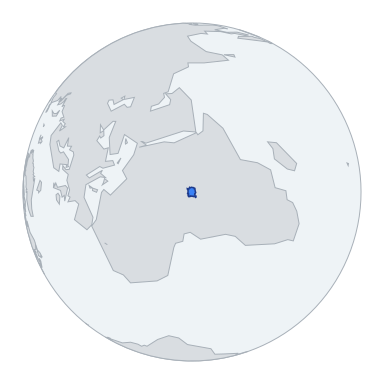 Haute-Kotto on an orthographic globe, rotated 290°
{"feature_id": "CAF-866", "entity_name": "Haute-Kotto", "entity_type": "Prefecture", "adm_level": 1, "iso_a3": "CAF", "parent_name": "Central African Republic", "parent_adm1": "", "projection": "orthographic", "projection_center": [22.992, 7.358], "detail": "medium", "context": "on_globe", "style": "filled", "palette": "blue", "viewbox_px": 384, "rotation_deg": 290, "n_neighbors": 0, "source": "natural_earth", "source_scale": "10m", "svg_char_len": 8414}
<svg xmlns="http://www.w3.org/2000/svg" viewBox="0 0 384 384"><g transform="rotate(290 192 192)"><circle cx="192" cy="192" r="169" fill="#eef3f6" stroke="#a8b0b8"/><path d="M134.1,33.3L136.9,32.3L132.4,34.0L128.3,35.5L134.1,33.3ZM98.7,51.1L100.1,50.2L106.2,46.4L108.5,45.1L115.0,41.7L114.4,42.2L110.3,44.9L104.9,48.0L103.0,49.4L108.5,46.8L98.7,53.6L92.9,60.2L90.3,62.3L84.7,64.9L83.9,63.4L76.7,68.7L81.7,65.6L75.3,71.6L74.3,73.0L74.9,73.1L77.5,71.1L75.4,73.5L69.6,77.0L71.4,74.9L73.3,73.6L72.8,73.2L68.9,76.5L65.9,79.8L64.1,81.6L74.7,70.4L86.2,60.2L98.7,51.1ZM26.1,160.2L25.9,160.9L26.7,162.7L26.1,164.8L26.4,178.2L29.8,185.6L30.5,193.3L29.8,197.4L31.7,199.5L31.7,202.5L41.7,210.2L49.0,219.3L50.3,229.5L47.1,239.9L51.2,263.4L47.4,269.0L51.1,278.3L56.3,290.7L53.3,288.2L59.0,295.7L61.4,299.1L61.0,298.7L53.6,288.9L46.9,278.6L41.0,267.8L35.9,256.7L31.6,245.1L28.2,233.3L25.6,221.3L23.9,209.2L23.1,196.9L23.2,184.6L24.2,172.3L26.1,160.2ZM114.9,41.7L113.7,42.3L114.9,41.7ZM122.7,37.9L119.2,39.6L122.7,37.9ZM150.7,28.2L148.9,28.6L147.6,29.0L150.7,28.2ZM142.8,30.9L143.3,30.5L145.9,29.7L142.8,30.9ZM154.2,27.3L155.0,27.2L152.1,27.8L152.5,27.7L154.2,27.3ZM159.4,26.2L153.1,27.7L151.6,28.3L149.1,28.9L152.1,27.8L159.4,26.2ZM159.1,26.3L158.9,26.3L156.5,26.8L159.1,26.3ZM159.5,26.3L161.0,26.0L159.7,26.2L159.5,26.3ZM164.2,25.4L162.2,25.8L161.3,25.9L164.2,25.4ZM165.6,25.1L167.4,24.8L162.2,25.7L165.2,25.2L165.6,25.1ZM168.8,25.0L162.4,26.0L160.4,26.2L166.9,25.1L168.8,25.0ZM321.1,83.0L322.4,84.6L324.8,87.6L333.4,99.5L340.9,112.1L347.3,125.3L347.6,126.1L349.2,131.6L350.3,134.7L348.5,131.6L349.8,137.9L356.0,154.4L357.1,159.5L357.5,169.9L356.8,166.1L352.2,157.8L354.0,170.2L357.6,179.6L358.9,191.5L357.3,188.3L355.6,177.9L354.0,174.7L352.5,164.0L347.5,148.9L345.7,152.4L344.1,146.2L336.9,134.5L333.3,139.4L328.8,157.3L331.2,173.5L328.3,181.2L317.4,159.1L311.9,144.0L308.4,145.9L296.8,134.3L278.0,135.3L275.0,131.6L271.5,133.8L263.3,130.5L258.6,124.5L253.8,125.3L266.4,141.1L271.5,140.4L275.2,133.7L277.8,139.6L285.7,144.4L278.2,159.8L249.7,175.1L246.4,163.1L222.1,131.9L222.5,128.3L222.4,127.9L222.1,127.2L220.4,133.1L216.0,127.1L229.6,148.7L232.1,158.4L249.3,175.9L247.8,177.9L253.2,181.4L269.9,175.8L270.1,179.8L262.5,199.3L239.0,226.4L241.9,243.6L239.7,258.3L224.5,268.6L225.3,279.8L217.3,284.0L216.5,290.2L209.8,297.0L198.8,303.5L180.7,303.9L180.0,298.3L171.6,287.4L160.1,260.4L165.1,247.8L163.7,238.0L150.6,216.2L153.5,204.1L149.9,198.9L142.5,200.2L138.2,194.1L133.7,193.9L105.3,197.8L96.5,189.6L85.6,165.3L90.6,155.9L91.3,144.9L125.7,109.4L133.3,111.5L160.7,107.1L164.2,108.3L161.2,116.4L182.1,126.2L188.4,119.3L207.0,124.5L219.1,124.0L222.9,108.9L203.0,109.3L199.2,102.2L214.9,95.6L232.3,96.2L231.4,93.6L220.1,87.8L223.9,83.0L216.2,85.5L219.5,88.1L214.8,90.0L211.5,87.8L213.0,86.1L207.7,85.0L202.2,94.5L204.9,98.2L191.2,100.2L194.4,106.8L190.8,110.0L183.9,100.2L184.4,96.6L171.8,86.9L170.1,90.7L181.8,100.4L178.3,99.7L176.0,105.8L174.9,100.6L162.6,89.8L150.0,92.4L134.4,107.6L127.0,109.0L120.6,106.2L125.8,91.0L141.9,89.7L143.9,85.1L140.3,78.8L145.5,79.2L146.0,76.7L152.0,76.3L160.2,70.4L166.2,69.7L169.1,62.7L172.6,61.6L169.9,65.9L171.3,68.9L186.3,68.3L189.1,66.8L189.8,62.5L193.8,63.2L192.5,59.2L201.0,57.6L189.6,56.4L190.1,52.2L195.0,49.1L193.1,47.7L185.1,52.9L183.7,55.3L185.8,57.5L180.3,64.9L175.2,66.2L173.2,58.4L165.8,59.8L167.5,53.8L188.1,42.2L196.9,40.3L212.1,45.1L210.2,47.4L203.9,46.6L210.0,50.8L209.4,48.8L212.8,49.6L214.1,46.5L216.5,47.0L213.6,43.4L216.7,43.7L218.5,46.0L223.1,42.4L229.6,42.7L229.5,41.7L227.5,40.6L237.0,42.2L236.5,41.4L233.1,40.6L229.9,38.6L228.0,36.0L231.4,36.7L232.6,37.7L240.1,41.2L242.7,44.3L243.8,44.4L242.4,41.9L233.2,37.6L231.1,35.9L235.8,37.6L233.9,36.8L233.9,36.2L237.1,36.4L232.1,34.5L227.6,29.0L233.3,29.4L238.0,31.1L238.4,29.8L244.8,31.5L241.7,30.6L240.8,30.2L252.3,34.2L263.6,38.9L274.4,44.5L284.8,50.8L294.7,57.9L304.1,65.6L312.9,74.0L321.1,83.0ZM114.3,127.3L113.5,130.5L114.3,127.3ZM251.1,105.2L261.2,105.5L255.7,96.5L259.1,96.1L256.0,93.4L255.3,95.9L247.6,88.8L251.6,86.2L249.9,82.6L246.4,82.3L240.3,88.4L251.3,98.4L249.4,102.1L251.1,105.2ZM26.7,162.7L26.6,164.8L26.3,164.5L26.7,162.7ZM31.8,138.7L31.6,140.1L31.3,140.3L31.8,138.7ZM32.4,136.7L31.9,138.0L31.7,138.7L32.4,136.7ZM75.6,71.4L76.0,71.2L76.0,71.9L74.9,72.6L75.6,71.4ZM83.0,69.7L79.4,73.7L81.2,71.2L78.9,72.7L79.7,69.6L89.1,63.2L84.7,66.5L83.0,69.7ZM83.4,64.4L81.8,66.6L83.2,64.5L83.4,64.4ZM142.9,65.2L145.0,66.5L142.8,69.3L135.2,71.5L138.2,67.4L142.9,65.2ZM148.5,67.9L148.7,60.3L153.5,59.0L150.8,60.9L153.9,60.9L150.4,64.0L154.8,70.8L153.2,73.8L139.9,75.5L145.1,73.1L142.7,71.7L148.5,67.9ZM140.6,47.5L140.7,45.4L150.9,45.2L149.6,47.3L141.9,49.3L138.9,48.1L140.6,47.5ZM127.9,36.1L127.2,36.2L128.6,35.6L130.2,35.1L127.9,36.1ZM141.7,30.7L144.6,29.8L147.4,29.1L144.0,30.1L146.4,29.5L141.5,31.0L142.8,30.8L132.0,35.4L130.7,35.6L125.9,38.7L120.7,40.6L124.0,38.5L116.4,42.6L117.3,41.4L112.5,44.3L120.4,39.3L120.9,38.8L122.3,38.5L127.1,36.6L129.3,35.7L135.9,32.9L139.2,31.5L141.7,30.7ZM177.2,27.8L173.2,27.7L177.3,29.0L172.3,29.6L173.1,29.7L169.6,30.8L166.8,32.4L164.5,32.5L164.4,33.2L162.1,34.0L161.2,35.0L156.8,35.8L155.3,37.1L154.0,36.7L152.6,39.0L151.7,37.7L148.6,39.1L151.2,39.6L129.6,43.7L121.3,47.2L114.8,51.1L114.1,49.0L119.6,44.4L128.2,39.4L136.3,36.7L134.5,36.5L137.8,35.3L137.9,35.9L139.8,34.3L142.6,33.5L150.2,30.5L151.3,29.2L154.1,28.3L155.1,28.5L157.2,27.6L160.9,27.4L163.0,26.9L168.7,26.4L169.4,27.4L171.7,26.8L176.1,26.7L177.2,27.8ZM170.3,24.8L172.2,25.3L170.4,26.1L161.2,26.6L158.7,27.2L152.8,28.1L155.5,27.1L156.9,26.9L159.0,26.5L157.3,26.9L160.2,26.3L162.3,26.1L165.1,25.6L164.9,25.8L170.3,24.8ZM168.0,105.3L170.6,105.6L174.7,105.2L173.4,109.2L168.0,105.3ZM159.3,98.0L161.7,97.4L161.8,102.5L159.1,102.4L159.3,98.0ZM162.9,93.1L161.8,97.0L160.8,94.8L162.9,93.1ZM172.1,65.3L174.6,64.8L174.9,65.7L173.6,67.3L172.1,65.3ZM188.1,33.8L186.1,33.1L186.8,32.8L185.4,31.0L188.9,30.7L191.2,31.7L188.1,33.8ZM219.6,111.5L216.1,114.5L214.3,113.1L215.8,112.3L219.6,111.5ZM193.7,111.8L199.7,113.6L193.3,112.9L193.7,111.8ZM191.7,33.1L190.7,32.3L193.1,32.7L191.7,33.1ZM191.5,30.4L194.2,30.7L189.2,30.4L191.5,30.4ZM272.3,327.7L272.3,329.3L270.2,329.7L272.3,327.7ZM267.2,254.5L254.6,280.6L247.0,281.1L246.2,273.7L251.3,258.1L260.4,253.2L265.0,245.9L267.2,254.5ZM359.3,216.0L358.8,216.4L358.3,214.8L358.8,211.8L359.8,211.7L359.7,212.7L359.3,216.0ZM358.8,211.8L357.3,204.5L352.2,182.5L354.1,182.4L358.8,195.1L358.6,197.7L359.5,203.5L358.8,211.8ZM360.6,202.5L360.5,201.6L360.5,192.3L360.6,187.4L360.8,187.3L360.6,180.6L360.6,202.5ZM331.9,175.0L335.4,184.3L333.5,186.2L331.9,175.0ZM351.9,139.3L351.8,140.4L350.9,138.0L350.6,135.3L351.9,139.3ZM220.5,32.9L218.5,35.4L219.4,37.8L223.6,39.7L216.9,38.5L215.5,34.8L220.5,32.9ZM226.4,29.2L222.7,28.1L224.8,28.2L225.9,28.5L226.4,29.2ZM223.8,28.8L218.3,28.2L216.6,27.3L221.2,27.9L223.8,28.8ZM205.0,29.7L204.2,30.4L202.3,30.0L205.0,29.7ZM228.6,27.1L231.3,27.7L229.3,27.3L228.1,26.9L228.6,27.1Z" fill="#d9dde1" stroke="#a8b0b8" stroke-width="1"/><path d="M193.4,186.5L193.3,187.2L193.4,187.3L193.5,187.3L193.6,187.2L193.6,187.5L193.4,187.8L193.5,188.0L193.8,187.9L194.1,188.0L194.4,188.0L195.3,188.1L195.6,188.1L195.6,188.3L195.5,188.5L195.3,188.8L195.3,189.0L195.5,189.2L195.7,189.3L196.0,189.6L196.2,189.8L196.3,189.9L196.3,190.3L196.4,190.9L196.4,191.2L196.6,191.6L196.4,192.1L196.5,192.3L196.5,193.0L196.3,193.1L196.2,193.1L195.9,193.2L196.0,193.4L195.9,193.4L195.9,193.5L195.7,193.7L195.7,193.8L193.3,195.1L193.2,195.4L192.9,195.5L192.7,195.7L191.7,195.5L191.5,195.2L191.1,195.2L190.7,195.3L190.5,195.6L190.4,195.8L190.2,195.9L189.9,195.9L189.4,196.1L189.3,196.3L189.3,196.7L189.2,196.9L189.3,197.1L189.2,197.1L188.8,197.5L188.3,197.4L188.1,197.3L188.1,197.2L188.4,197.0L188.5,197.0L188.8,197.0L188.9,196.5L188.9,196.3L188.8,195.9L188.6,195.8L188.5,195.5L188.3,195.4L188.5,195.0L188.5,194.5L188.5,194.4L188.4,194.3L188.2,194.3L188.0,193.7L188.1,193.4L188.0,193.1L187.9,193.0L187.9,192.2L187.5,192.1L187.4,192.1L187.4,191.6L187.2,191.3L186.8,191.2L186.6,191.0L186.5,190.5L186.6,190.2L187.4,190.0L187.3,189.7L187.5,189.5L187.6,189.4L187.9,189.4L188.0,189.3L188.4,189.1L188.7,189.5L188.8,189.5L189.0,189.5L189.1,189.4L189.0,189.2L189.1,188.9L189.0,188.6L189.0,188.4L189.3,188.3L189.6,188.4L190.1,188.4L190.4,188.3L190.6,188.4L191.0,188.1L192.0,187.9L192.3,187.5L192.4,187.4L192.6,187.2L192.8,187.2L193.0,186.7L193.4,186.5Z" fill="#3b82f6" stroke="#1e3a8a" stroke-width="1.5"/></g></svg>